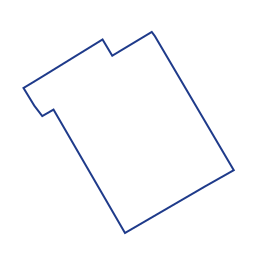 Coles, Illinois, United States of America, rotated 240°
{"feature_id": "52423323B20272514660915", "entity_name": "Coles", "entity_type": "district", "adm_level": 2, "iso_a3": "USA", "parent_name": "United States of America", "parent_adm1": "Illinois", "projection": "albers", "projection_center": [-88.152, 39.53], "detail": "fine", "context": "isolated", "style": "outline", "palette": "blue", "viewbox_px": 256, "rotation_deg": 240, "n_neighbors": 0, "source": "geoboundaries", "source_scale": "gbopen_adm2", "svg_char_len": 312}
<svg xmlns="http://www.w3.org/2000/svg" viewBox="0 0 256 256"><g transform="rotate(240 128 128)"><path d="M38.9,165.6L38.6,198.5L194.2,197.2L199.3,196.6L198.5,150.5L217.4,150.2L215.3,77.3L214.9,57.5L194.1,58.0L181.2,59.7L181.2,72.7L38.6,72.9L38.9,165.6Z" fill="none" stroke="#1e3a8a" stroke-width="2"/></g></svg>